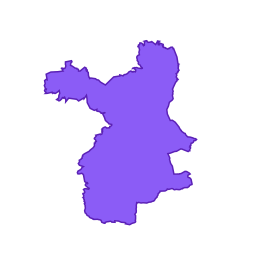 outline of Santa María de los Ángeles, Jalisco, Mexico, rotated 243°
{"feature_id": "50627088B16620739147386", "entity_name": "Santa María de los Ángeles", "entity_type": "district", "adm_level": 2, "iso_a3": "MEX", "parent_name": "Mexico", "parent_adm1": "Jalisco", "projection": "natural_earth1", "projection_center": [-103.187, 22.191], "detail": "fine", "context": "isolated", "style": "filled", "palette": "violet", "viewbox_px": 256, "rotation_deg": 243, "n_neighbors": 0, "source": "geoboundaries", "source_scale": "gbopen_adm2", "svg_char_len": 5809}
<svg xmlns="http://www.w3.org/2000/svg" viewBox="0 0 256 256"><g transform="rotate(243 128 128)"><path d="M161.8,202.3L162.6,201.7L169.0,203.8L178.0,204.7L178.0,204.2L179.8,204.3L180.5,202.9L180.4,201.5L180.1,201.0L180.6,200.1L180.2,199.4L180.3,199.1L181.5,198.3L181.9,197.7L182.3,197.9L183.0,197.4L183.2,196.7L183.8,196.1L184.4,196.0L184.7,196.5L185.0,196.1L185.6,196.1L185.4,196.7L186.5,197.3L189.4,194.7L189.3,193.9L187.9,193.9L188.0,193.4L188.6,192.8L189.4,193.4L190.6,193.1L191.0,195.3L192.1,193.8L190.8,192.5L191.0,192.3L189.8,190.5L194.2,188.4L194.0,187.6L194.5,187.1L194.6,186.2L195.2,184.8L196.6,184.2L197.1,184.4L197.5,183.9L197.9,181.9L197.5,182.2L195.0,180.2L194.7,180.1L194.8,180.3L194.6,180.4L194.3,180.0L194.4,179.2L196.7,179.0L197.6,178.5L198.4,177.3L197.0,176.0L197.2,175.1L196.6,174.8L196.3,174.0L196.0,173.8L195.6,174.5L192.4,173.8L190.5,172.1L188.1,171.4L188.2,170.1L187.7,168.5L186.6,167.7L184.9,167.4L183.9,166.8L182.5,167.2L181.8,167.1L180.6,166.3L179.5,166.6L178.4,167.4L176.8,167.3L175.2,168.0L174.7,167.8L174.9,167.0L176.8,164.1L177.9,163.3L178.3,162.1L178.8,161.4L178.8,160.7L179.2,159.8L178.9,159.2L178.6,160.1L176.3,161.3L175.0,160.5L174.7,160.0L175.8,159.0L175.5,158.5L175.8,157.6L176.2,157.6L176.5,156.8L177.5,156.5L177.6,154.3L176.8,152.4L176.7,150.6L177.3,148.8L176.7,147.3L179.0,144.8L178.1,144.5L178.2,144.0L180.0,138.4L176.6,127.4L181.4,124.3L184.1,123.5L185.2,122.1L186.7,121.4L189.3,117.7L189.5,116.3L190.3,116.6L190.8,116.3L192.7,116.6L195.6,117.8L197.3,117.1L197.1,117.5L198.3,118.0L199.6,117.2L200.2,118.0L201.8,117.0L200.5,111.1L201.2,109.8L202.2,110.3L202.8,110.4L203.9,109.3L204.3,109.5L205.5,108.0L208.5,106.4L209.9,105.2L211.9,106.6L212.4,108.1L213.6,108.2L215.3,102.3L213.1,101.1L212.2,101.0L211.0,100.4L210.0,99.2L209.8,98.6L210.8,96.9L211.4,96.4L211.4,95.8L211.1,95.7L209.6,96.5L208.9,95.6L208.3,95.8L210.0,91.0L212.9,84.6L213.1,79.5L207.7,77.8L208.5,77.0L208.1,75.2L205.2,74.4L203.8,72.7L202.1,72.6L200.4,72.1L200.3,72.6L199.8,73.0L199.3,72.6L199.9,72.0L199.8,71.3L199.2,70.6L198.0,70.6L197.7,71.0L197.1,71.2L196.6,71.0L196.3,70.1L195.6,71.6L194.3,76.6L193.7,76.4L193.4,76.9L193.0,76.8L193.0,77.9L192.2,78.3L191.8,79.1L192.1,81.9L192.6,83.7L189.8,82.9L188.5,81.3L186.3,79.9L185.7,77.3L184.5,78.3L184.5,78.6L183.5,78.8L183.4,79.9L184.1,82.3L184.3,82.8L184.9,83.3L184.8,83.7L183.6,84.3L183.6,84.8L184.3,85.1L184.3,85.5L181.3,85.4L179.6,84.4L181.5,88.7L176.9,95.3L174.5,96.3L174.8,102.0L173.9,101.9L176.0,105.8L172.5,104.7L169.1,103.2L162.7,103.2L159.0,106.0L158.7,108.7L157.5,107.8L156.3,108.9L156.2,109.5L155.8,109.8L154.0,110.9L153.4,110.7L153.1,111.1L152.3,114.1L152.1,114.2L152.2,111.9L148.2,111.8L144.9,111.3L140.9,112.9L140.4,112.8L138.2,115.6L138.3,115.3L137.8,114.6L137.5,113.6L137.4,112.6L137.6,112.4L136.6,111.7L137.6,109.1L139.1,108.4L139.4,107.5L139.4,105.8L138.9,104.3L138.4,104.7L137.8,103.8L137.5,104.0L136.6,103.1L136.4,103.7L134.5,102.0L134.5,100.7L135.2,100.6L136.2,96.0L135.4,96.1L135.1,95.8L134.2,93.5L133.7,93.1L132.1,93.7L130.4,93.6L130.6,92.7L129.5,92.0L129.8,91.2L127.1,89.8L126.2,87.8L125.5,84.3L124.9,82.8L124.8,77.4L124.4,75.5L124.1,75.0L123.3,74.7L122.9,73.8L121.9,73.4L121.9,72.5L121.5,72.0L121.4,69.9L119.8,69.4L118.9,67.6L116.9,67.8L113.9,70.7L113.7,69.1L112.9,68.1L112.5,67.0L112.3,63.8L111.2,62.6L109.9,62.5L109.2,63.7L108.6,66.3L107.3,66.9L106.3,67.0L99.9,65.1L98.6,65.8L97.8,67.0L96.9,67.0L96.7,66.7L97.4,65.8L97.5,65.2L96.8,64.2L96.2,64.0L93.7,64.9L91.9,66.0L91.3,65.2L93.4,62.4L93.6,61.2L93.3,60.4L92.9,60.6L90.5,60.4L89.8,59.5L90.1,58.1L89.2,57.8L88.9,58.0L88.0,57.9L86.4,56.8L86.4,56.6L86.0,56.9L85.5,56.4L84.9,56.3L84.2,56.6L83.9,56.3L82.8,56.1L82.7,55.6L81.3,55.9L80.5,54.9L80.1,55.2L79.8,54.7L77.9,54.6L77.6,54.2L76.0,53.7L74.0,51.8L71.8,51.3L71.0,51.8L68.7,51.9L67.0,53.2L66.0,53.1L65.0,53.7L63.4,55.2L62.7,55.4L62.5,56.0L62.1,56.0L60.5,59.4L59.4,60.6L59.1,61.2L57.9,62.1L56.0,61.8L54.4,63.1L53.6,64.1L53.6,64.4L54.2,64.8L54.0,66.9L53.7,67.3L52.9,70.0L52.3,70.6L51.5,70.8L49.9,73.6L51.3,74.1L51.1,74.5L49.3,77.4L47.1,79.2L45.1,82.4L44.3,82.8L43.8,82.2L41.1,85.6L41.2,88.3L40.7,91.0L40.8,91.9L41.5,92.5L42.3,92.5L43.4,93.4L46.5,95.0L48.0,94.9L49.1,97.0L50.6,97.9L51.5,98.1L52.1,98.6L52.7,98.7L53.4,99.4L55.2,100.2L57.6,101.9L56.9,102.5L56.9,103.7L55.3,105.5L54.5,107.6L52.6,110.7L52.4,112.9L51.6,114.9L51.6,116.3L51.3,117.4L51.5,117.8L51.3,118.1L51.6,118.9L52.6,120.3L53.2,122.5L53.6,122.6L54.6,124.2L55.9,125.2L56.2,127.0L57.2,127.8L55.1,132.4L55.1,134.4L55.8,135.3L54.8,136.5L54.1,139.6L53.6,140.3L52.6,140.7L51.8,141.5L51.5,143.0L49.8,145.6L49.5,146.7L49.5,148.3L49.1,149.0L49.4,149.3L49.2,151.3L47.9,154.0L48.2,156.0L48.9,156.7L48.8,158.5L48.6,159.2L48.8,159.6L53.7,160.9L55.6,160.4L56.6,159.3L57.3,159.1L58.7,159.9L58.8,162.5L59.9,162.2L62.6,160.5L63.5,159.1L63.3,154.6L63.8,153.2L63.7,152.8L66.1,148.0L73.9,150.2L77.2,149.9L81.4,150.8L82.2,151.6L87.1,151.9L86.4,154.2L85.9,158.9L85.2,160.7L85.4,165.4L84.7,166.5L79.7,170.9L79.9,172.3L79.7,172.8L80.7,173.1L81.7,174.6L82.1,174.8L83.1,174.3L83.6,175.7L84.0,175.4L84.4,176.2L85.8,177.4L85.4,178.5L85.7,179.8L86.7,180.8L86.2,182.6L86.7,183.9L87.5,183.5L88.2,182.9L88.6,182.0L89.4,181.6L90.8,180.2L91.7,179.2L92.9,177.3L93.3,177.0L96.0,176.3L97.1,176.5L97.9,175.7L100.8,174.2L101.6,174.4L101.8,174.1L104.3,173.8L105.6,173.9L111.7,172.7L114.8,171.0L115.5,169.1L122.5,169.4L126.8,170.9L129.2,174.0L132.1,176.5L132.8,180.1L133.6,181.5L136.4,182.2L137.4,182.7L137.9,183.5L139.0,183.7L140.2,184.9L142.5,185.3L142.6,185.7L143.5,186.6L147.2,191.3L147.5,192.6L148.2,193.2L148.4,194.3L149.2,193.7L149.4,193.8L149.1,194.5L151.3,194.1L152.0,194.4L152.9,195.5L154.6,195.6L154.7,197.3L155.8,197.9L155.5,198.4L156.1,199.0L156.2,199.6L158.6,199.8L158.9,200.2L159.8,200.5L160.3,201.3L161.1,201.1L161.7,201.8L161.8,202.3Z" fill="#8b5cf6" stroke="#5b21b6" stroke-width="1.5"/></g></svg>